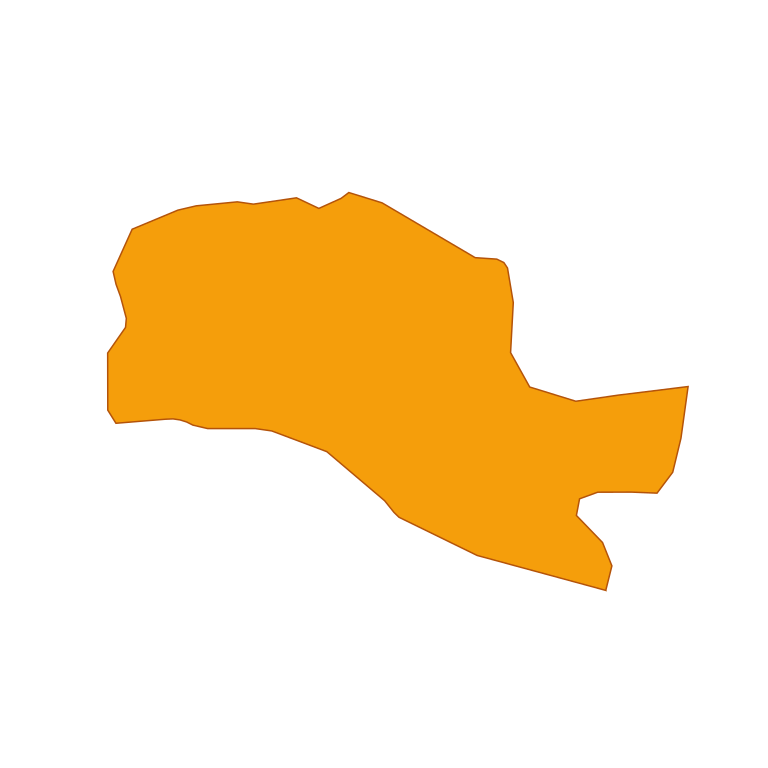 the Province of Mardin, rotated 29°
{"feature_id": "TUR-3041", "entity_name": "Mardin", "entity_type": "Province", "adm_level": 1, "iso_a3": "TUR", "parent_name": "Turkey", "parent_adm1": "", "projection": "orthographic", "projection_center": [40.921, 37.344], "detail": "fine", "context": "isolated", "style": "filled", "palette": "amber", "viewbox_px": 768, "rotation_deg": 29, "n_neighbors": 0, "source": "natural_earth", "source_scale": "10m", "svg_char_len": 816}
<svg xmlns="http://www.w3.org/2000/svg" viewBox="0 0 768 768"><g transform="rotate(29 384 384)"><path d="M678.1,457.0L548.6,488.8L461.8,493.3L455.1,491.5L441.2,485.8L366.8,470.9L308.5,479.5L293.0,485.4L251.3,508.5L236.9,512.6L229.8,512.9L223.0,514.3L216.4,516.8L210.0,520.7L168.6,548.3L168.4,548.2L155.1,540.8L127.3,490.9L130.5,459.8L126.8,451.5L111.1,435.2L101.3,426.7L92.5,416.9L88.7,370.7L119.4,331.9L133.4,319.2L167.4,295.8L182.6,290.0L217.2,263.6L241.9,262.0L256.5,242.4L260.4,233.6L294.5,226.5L402.5,229.3L422.1,220.1L430.0,219.7L435.8,222.7L457.6,250.1L479.5,295.2L512.9,316.0L560.1,306.1L594.5,280.0L651.2,238.8L670.0,287.4L679.3,321.2L675.7,347.1L652.8,358.6L623.4,375.0L610.7,389.6L616.0,405.7L652.0,416.7L671.5,432.6L678.0,456.9L678.1,457.0Z" fill="#f59e0b" stroke="#b45309" stroke-width="1.5"/></g></svg>